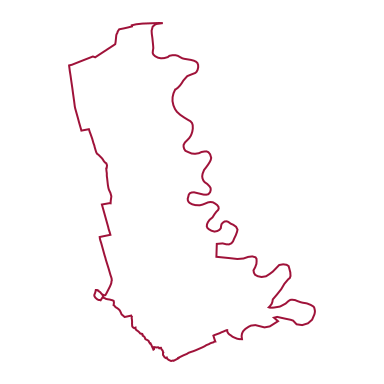 Saucesti, Bacau, Romania (Robinson projection)
{"feature_id": "2599482B67210416797402", "entity_name": "Saucesti", "entity_type": "district", "adm_level": 2, "iso_a3": "ROU", "parent_name": "Romania", "parent_adm1": "Bacau", "projection": "robinson", "projection_center": [26.939, 46.661], "detail": "fine", "context": "isolated", "style": "outline", "palette": "rose", "viewbox_px": 384, "rotation_deg": 0, "n_neighbors": 0, "source": "geoboundaries", "source_scale": "gbopen_adm2", "svg_char_len": 5984}
<svg xmlns="http://www.w3.org/2000/svg" viewBox="0 0 384 384"><path d="M314.4,314.4L314.7,313.1L314.9,311.8L314.9,310.9L314.8,310.2L314.3,307.9L313.7,306.8L312.9,306.2L310.7,304.9L308.9,304.2L307.2,303.5L305.8,303.2L302.6,302.7L300.6,302.2L297.5,301.1L295.1,300.1L292.0,299.7L290.3,299.9L288.5,301.0L285.6,303.6L281.1,306.0L279.8,306.6L273.6,307.6L271.5,307.7L270.0,307.7L268.8,307.3L269.8,306.3L271.6,304.0L272.4,301.8L272.8,299.4L276.9,294.6L281.2,289.2L284.4,283.8L288.2,279.3L289.8,278.0L290.5,276.0L290.3,272.4L289.3,268.5L288.6,266.1L286.6,264.8L283.2,264.3L279.2,265.0L272.8,271.6L269.6,274.0L266.0,276.3L261.5,277.0L257.7,276.2L255.1,274.8L253.9,272.7L253.5,270.3L255.2,267.2L256.4,263.9L256.6,261.3L256.5,258.8L255.5,257.3L252.3,256.4L248.2,256.9L243.5,258.5L237.4,259.0L228.5,258.0L216.4,256.8L216.8,243.9L222.6,243.4L226.3,244.3L229.0,244.4L231.4,243.3L233.0,241.4L234.2,238.5L235.8,235.2L237.0,231.9L237.5,229.6L236.1,226.8L233.3,224.8L230.6,223.6L228.3,221.9L226.6,221.3L224.5,221.5L222.7,222.8L221.5,224.2L221.1,226.0L220.8,228.2L219.5,229.8L217.4,231.0L214.5,231.6L211.4,230.7L208.8,229.2L207.4,227.9L206.8,226.4L207.0,224.3L207.9,222.2L209.6,219.8L212.5,217.4L214.5,214.2L216.3,211.8L218.2,209.9L218.7,208.4L218.4,206.7L217.1,205.0L215.0,203.5L212.9,202.3L210.4,202.0L208.0,202.4L205.1,203.6L202.5,204.6L199.7,205.3L195.3,205.1L192.2,204.3L189.9,203.1L188.8,202.2L187.9,200.6L187.7,198.8L188.3,196.6L188.8,194.6L189.9,193.2L191.7,192.5L194.0,192.3L203.6,194.6L206.3,194.7L208.4,194.2L210.1,192.2L210.7,190.0L210.6,188.1L209.6,186.4L207.3,184.0L204.7,182.2L203.4,180.6L202.5,178.4L202.2,176.3L202.6,173.7L204.1,169.9L206.0,167.5L208.1,164.6L209.8,161.9L210.7,160.0L211.2,157.9L210.1,154.3L208.4,152.2L206.5,151.4L204.4,151.5L201.5,152.0L198.9,153.2L195.0,153.8L191.6,153.5L187.8,151.9L185.4,150.8L184.2,148.9L183.6,146.9L183.6,144.9L184.9,142.5L187.5,139.9L189.3,138.0L190.8,135.7L191.6,133.8L192.3,131.6L192.8,128.5L192.7,125.1L192.0,123.0L190.4,121.2L187.9,119.8L184.3,117.6L180.2,114.8L176.9,111.8L175.1,109.2L174.6,108.1L173.4,105.3L172.5,101.1L172.6,97.1L173.5,93.3L175.2,89.5L175.5,89.5L177.8,87.8L180.0,85.5L181.7,83.2L183.3,80.6L185.4,78.2L187.3,76.1L191.5,74.4L195.2,73.0L196.5,71.9L197.6,69.8L198.2,67.2L198.1,64.9L197.4,63.0L196.0,61.7L193.9,60.7L190.9,59.9L184.2,58.8L182.3,58.3L179.9,57.0L177.8,55.8L175.4,55.2L172.5,55.2L169.4,55.8L167.8,57.1L164.2,58.1L161.0,58.3L158.0,57.7L155.1,56.2L153.3,54.5L152.7,52.9L152.9,50.6L153.3,48.1L153.1,45.3L152.4,38.2L151.8,33.9L151.6,30.7L152.7,26.6L155.3,24.4L156.9,23.9L162.8,23.1L158.9,23.0L142.4,23.6L136.1,24.3L131.8,25.3L132.0,26.4L128.2,27.4L123.8,28.4L119.2,29.3L117.7,31.5L117.4,32.8L116.6,34.2L116.3,35.1L115.6,42.0L115.2,44.2L95.2,57.3L92.9,56.5L80.1,61.5L71.8,64.8L69.1,65.4L69.1,65.6L69.8,71.0L70.5,75.4L71.1,79.7L72.4,88.6L73.0,93.2L74.1,101.0L74.8,106.5L75.2,108.4L78.0,118.4L79.0,122.2L80.9,128.8L81.4,130.6L88.9,129.2L89.8,132.1L90.5,133.9L92.2,138.7L93.5,143.3L93.9,144.3L94.4,145.8L94.6,146.9L95.8,150.9L96.3,152.4L97.0,153.7L98.5,154.8L101.8,158.1L102.1,158.5L102.9,159.5L103.1,159.9L103.3,160.2L103.4,160.5L104.4,161.8L105.4,162.8L106.3,163.3L107.0,165.3L106.7,168.0L106.3,168.2L106.2,168.6L106.3,169.0L106.5,171.2L106.8,173.2L106.8,175.4L106.9,176.7L107.1,178.0L107.7,183.4L107.9,185.1L108.4,187.9L108.9,189.7L110.4,192.9L111.3,196.1L111.3,196.8L110.8,200.3L110.7,201.2L110.6,203.3L109.3,203.2L101.9,204.5L108.2,227.1L108.6,228.9L109.2,230.8L109.5,231.6L110.4,234.8L99.7,237.0L99.9,238.6L100.3,240.3L101.3,243.4L104.6,255.4L105.3,257.6L105.9,259.9L108.5,268.2L110.5,275.1L111.2,277.1L111.6,278.5L111.7,279.5L111.8,280.5L111.5,281.2L111.3,283.0L110.8,284.5L110.4,285.4L109.9,286.6L106.3,293.6L105.9,294.2L105.4,295.1L104.6,295.4L103.9,295.1L103.5,295.6L103.0,295.4L103.3,295.0L102.3,294.4L101.6,293.9L101.0,293.2L100.6,292.6L100.1,292.1L99.1,291.5L98.4,290.9L98.3,290.5L98.1,290.5L97.8,290.6L97.5,290.4L97.1,290.0L95.8,290.0L95.4,292.0L94.9,293.5L94.4,294.6L94.3,295.8L94.9,297.0L95.6,297.9L97.1,299.2L98.0,299.7L98.8,300.0L99.8,300.0L100.6,300.3L102.6,297.3L104.0,298.0L104.8,298.2L106.0,298.9L107.9,299.3L109.5,299.5L111.7,300.1L112.2,300.2L113.6,300.8L113.9,302.1L113.9,303.0L113.6,305.1L113.9,305.2L114.1,305.4L115.6,307.2L116.7,307.8L118.4,309.0L119.6,310.2L120.2,311.2L120.8,312.5L121.6,314.4L123.4,315.9L124.6,317.0L126.6,316.6L131.1,315.6L131.2,316.0L131.9,316.7L131.7,317.3L131.7,317.7L131.7,318.4L131.9,319.2L132.1,322.1L132.0,323.4L132.1,324.2L132.1,325.3L132.3,326.5L132.9,327.3L134.1,328.1L135.5,327.6L135.6,328.8L135.7,329.3L136.0,329.7L136.7,330.3L137.8,331.0L139.3,332.3L139.9,333.1L140.4,333.6L141.4,333.7L142.2,333.9L142.2,334.4L142.3,334.6L142.7,334.9L142.6,335.4L142.7,335.7L143.9,336.4L144.6,337.2L144.8,337.5L145.2,338.8L145.5,339.2L147.4,340.1L148.6,340.9L149.1,342.1L150.0,343.5L150.5,343.3L151.6,345.5L152.0,346.5L152.9,348.4L153.4,349.6L154.0,349.2L154.2,347.1L156.8,347.5L157.5,347.3L158.3,347.3L159.2,348.3L159.7,347.9L161.0,347.8L161.2,348.3L161.2,348.6L161.4,349.2L162.5,350.4L162.7,350.8L162.9,351.5L163.0,352.3L163.3,352.5L163.0,353.4L163.0,354.3L163.1,355.1L163.7,355.9L164.6,357.3L165.7,358.0L166.4,357.6L166.8,357.5L166.9,357.9L166.9,358.2L167.1,358.6L167.9,359.3L168.7,359.9L171.1,361.0L173.1,360.5L173.6,360.8L178.4,358.3L178.2,357.9L183.5,355.3L186.9,353.9L188.6,352.8L190.8,352.0L193.3,351.2L195.6,350.3L202.5,347.3L204.7,346.2L206.4,345.1L209.0,344.1L209.9,343.5L211.3,342.9L213.5,342.3L214.3,341.6L215.3,341.5L214.1,338.0L213.4,335.6L214.4,335.1L219.9,333.1L221.4,332.3L223.3,331.6L225.3,330.7L226.1,330.4L226.9,330.1L227.2,330.1L227.2,331.1L227.5,332.1L228.3,333.4L229.4,334.5L230.6,335.2L232.5,336.7L234.0,337.4L237.1,338.7L239.2,339.1L242.0,339.2L241.6,336.1L242.0,333.6L243.0,331.4L243.8,330.5L245.4,328.9L248.7,326.7L251.0,325.6L255.4,325.1L264.5,327.4L269.8,326.4L278.0,321.2L274.0,317.7L277.2,316.9L284.9,318.6L290.7,319.8L293.1,320.6L296.6,324.3L302.2,325.1L308.0,323.3L312.1,319.7L314.4,314.4Z" fill="none" stroke="#9f1239" stroke-width="2"/></svg>